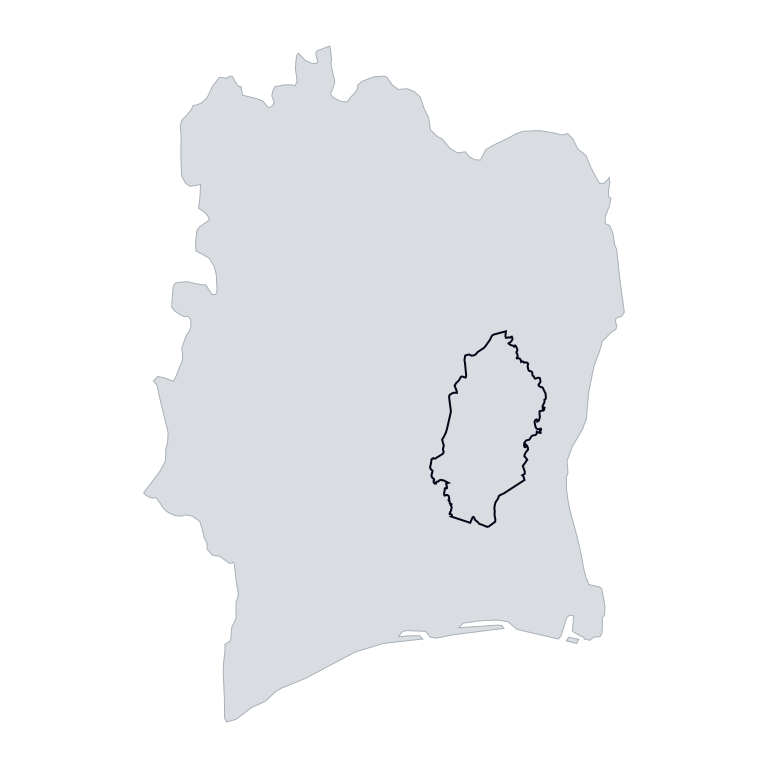 N'zi-Comoé on a map of Ivory Coast (Equal Earth projection)
{"feature_id": "CIV-3452", "entity_name": "N'zi-Comoé", "entity_type": "Department", "adm_level": 1, "iso_a3": "CIV", "parent_name": "Ivory Coast", "parent_adm1": "", "projection": "equal_earth", "projection_center": [-4.27, 7.107], "detail": "fine", "context": "in_parent", "style": "outline", "palette": "ink", "viewbox_px": 768, "rotation_deg": 0, "n_neighbors": 0, "source": "natural_earth", "source_scale": "10m", "svg_char_len": 8283}
<svg xmlns="http://www.w3.org/2000/svg" viewBox="0 0 768 768"><path d="M193.3,105.4L195.7,105.3L201.7,102.9L207.2,97.6L212.4,86.4L219.3,77.4L227.1,78.1L229.4,76.4L232.1,76.1L235.4,82.0L238.6,86.5L241.0,86.6L242.6,95.2L256.8,98.7L262.9,101.1L268.0,107.3L269.8,107.4L271.9,106.1L273.6,104.0L274.0,101.6L271.8,96.0L272.8,90.9L275.1,86.4L278.7,86.1L284.2,84.9L290.5,84.8L295.2,85.6L297.1,81.1L295.4,68.5L295.9,61.5L296.7,55.6L298.4,53.2L305.4,60.6L311.8,63.3L316.4,63.5L317.7,62.1L315.8,54.0L316.3,51.6L318.0,50.2L321.0,49.4L329.3,46.1L330.1,46.7L331.6,59.4L330.9,63.6L332.6,72.2L334.7,80.3L334.5,83.5L332.8,88.5L330.7,93.1L330.9,94.9L334.2,98.0L340.4,101.2L346.9,102.0L350.5,97.3L354.3,93.5L356.9,90.1L357.8,85.1L361.9,81.4L373.7,76.8L384.5,76.1L387.1,77.6L391.9,84.6L398.1,89.4L407.5,88.8L414.4,91.7L420.3,97.0L424.2,109.0L428.6,117.7L430.5,130.0L437.3,136.4L442.7,139.4L449.9,148.3L457.5,152.9L465.3,151.8L468.9,156.5L474.7,159.8L480.5,160.0L485.7,149.7L492.4,145.7L509.5,137.4L516.2,133.7L523.1,131.3L539.5,130.6L554.8,133.1L562.4,135.0L567.6,133.6L572.6,138.5L577.7,148.8L581.8,152.1L586.1,155.6L589.3,163.7L593.0,171.8L595.0,175.4L599.6,183.3L603.6,183.4L607.5,180.0L609.1,177.4L609.9,182.7L608.4,191.2L608.7,196.4L610.9,198.5L609.7,205.2L605.2,216.8L605.2,223.6L609.7,225.7L612.9,233.0L614.8,245.4L616.8,249.5L616.9,252.1L620.2,282.1L624.3,312.2L621.7,316.1L618.2,317.3L616.0,318.7L615.3,321.5L616.8,325.6L615.9,329.4L611.5,332.0L602.0,341.5L601.3,345.3L598.8,353.5L596.7,358.5L593.6,367.7L588.7,392.2L586.9,412.4L586.6,418.7L584.7,423.0L582.5,429.3L572.2,446.7L567.0,460.9L567.6,467.0L567.9,473.2L566.3,477.7L566.6,489.7L567.9,499.8L569.8,509.6L577.3,537.5L581.2,554.4L583.6,568.1L585.8,577.3L587.8,581.0L588.6,584.5L599.8,587.1L601.9,589.1L605.0,606.9L604.5,615.0L602.3,618.0L602.4,624.8L601.9,633.3L600.2,636.6L594.0,637.1L589.8,640.3L584.2,639.0L583.6,636.9L580.6,636.1L572.4,631.3L573.7,615.9L569.9,615.2L566.9,617.2L561.1,635.8L558.3,639.0L517.0,629.4L508.0,621.7L497.3,620.0L478.5,620.9L463.1,623.2L458.7,627.8L497.7,625.1L501.8,625.6L503.8,628.4L454.5,634.6L435.7,638.2L430.2,637.2L425.9,631.3L405.5,630.6L401.3,632.5L398.8,636.9L406.8,635.9L419.5,635.7L422.9,639.0L383.2,643.4L355.7,651.8L344.0,657.9L305.5,678.3L282.1,687.9L275.9,691.4L265.2,701.3L251.5,707.6L236.1,719.3L226.7,721.9L224.6,718.2L224.4,698.4L223.2,671.9L223.7,661.8L224.9,652.2L225.0,644.3L229.7,641.4L230.9,638.0L231.6,627.8L236.0,618.4L236.1,602.1L237.4,598.7L238.4,594.4L236.6,583.7L234.2,563.5L233.0,562.2L231.9,563.0L229.5,563.4L219.9,556.4L212.4,555.2L207.2,549.3L206.9,542.5L204.3,538.5L202.6,530.7L200.0,521.7L192.7,516.2L185.8,514.9L180.9,516.1L175.2,515.7L168.6,512.7L164.1,509.3L159.8,502.7L155.8,497.5L152.6,498.1L148.7,496.9L144.9,494.5L143.7,492.7L159.7,471.7L165.2,461.5L165.8,455.2L165.8,448.9L167.6,442.4L168.1,432.5L159.4,396.7L157.2,385.6L154.8,382.4L153.3,381.1L157.8,376.5L163.9,377.7L173.4,381.3L175.4,377.8L182.6,359.7L182.4,353.0L181.7,348.3L186.0,336.0L189.3,331.2L191.0,326.0L190.5,319.0L188.0,316.3L184.7,316.8L180.8,315.1L174.8,311.0L171.7,307.4L172.7,291.1L173.3,286.0L175.4,283.1L178.7,282.3L188.1,281.8L195.6,283.7L202.3,284.8L205.8,284.8L208.6,289.6L212.4,294.5L215.8,294.5L217.0,290.8L216.3,274.7L214.1,266.2L209.0,258.0L195.9,250.9L195.6,241.1L197.0,230.5L199.8,226.6L209.6,219.8L207.9,216.2L204.8,212.3L198.6,208.4L200.1,195.7L200.5,184.4L195.2,185.6L189.9,186.3L185.3,182.8L181.6,175.9L180.9,157.0L181.0,135.1L180.3,125.4L181.8,120.2L186.5,115.5L191.5,109.3L193.3,105.4ZM578.8,639.3L576.7,643.5L566.2,640.8L568.7,637.3L578.8,639.3Z" fill="#d9dde1" stroke="#a8b0b8" stroke-width="1"/><path d="M524.5,480.0L504.0,493.3L499.7,495.3L499.0,495.9L498.6,496.6L498.5,497.1L498.3,497.9L497.9,498.8L495.9,501.7L495.5,502.5L494.9,504.6L494.5,507.0L494.4,508.3L494.4,509.0L494.7,510.8L494.7,511.5L494.6,512.7L494.6,513.9L494.5,515.0L494.9,517.2L495.2,518.3L495.3,518.8L495.3,520.2L495.2,521.7L488.9,526.4L487.1,526.9L486.8,526.6L485.1,526.1L482.5,524.9L479.8,524.1L479.3,523.8L479.0,523.5L478.4,522.8L476.5,521.0L475.4,520.3L475.1,519.9L474.8,519.5L474.5,518.5L474.3,518.0L474.0,517.5L473.4,516.9L473.0,517.0L472.6,517.3L470.2,522.8L451.4,516.6L451.9,516.4L452.0,516.0L451.8,515.1L451.5,514.5L451.2,514.2L450.8,514.1L450.0,514.3L449.7,514.2L449.6,513.8L450.3,511.7L450.6,511.4L450.9,510.9L451.1,510.1L451.4,508.5L451.6,507.7L451.7,506.9L451.5,506.4L450.7,505.4L450.7,505.0L451.1,504.7L451.4,504.4L451.4,504.0L451.1,503.9L450.2,503.8L449.9,503.6L449.7,503.1L449.8,502.1L449.7,501.4L449.3,501.0L448.9,500.8L448.6,500.5L448.5,500.1L448.8,499.6L449.0,499.5L449.3,499.0L449.2,498.2L448.8,496.5L448.4,495.7L447.9,495.3L446.7,494.9L446.3,495.0L445.6,495.4L445.2,495.5L444.7,495.6L444.4,495.3L444.1,494.7L444.2,493.2L444.3,492.0L444.7,490.4L444.8,488.8L444.9,488.3L445.4,488.1L446.6,488.4L446.9,488.2L447.1,487.8L447.0,486.9L446.7,486.4L446.6,485.9L446.5,484.9L446.3,484.5L446.1,484.2L446.1,483.8L446.3,483.4L448.4,482.8L442.9,480.1L442.6,480.1L442.2,480.2L441.8,480.2L440.7,479.9L440.3,480.0L439.9,480.1L439.6,480.3L439.2,480.6L438.6,481.2L438.3,481.5L437.9,481.6L436.9,481.7L436.5,481.8L436.2,482.1L436.1,482.5L436.1,483.0L436.0,483.4L435.8,483.7L435.4,483.7L434.9,483.7L434.5,483.4L434.1,482.9L433.6,482.0L433.6,481.0L433.8,480.7L434.0,480.5L434.1,480.1L434.1,479.5L433.9,479.0L433.7,478.7L433.2,478.5L432.7,478.2L431.7,476.7L431.5,475.9L431.6,474.6L432.0,473.4L432.2,472.1L432.5,471.7L432.5,471.2L432.3,470.6L431.5,469.8L430.9,469.1L430.5,468.7L430.1,467.1L431.1,462.8L431.4,460.4L431.4,459.9L431.5,459.4L433.3,458.1L433.9,458.6L434.3,458.7L434.9,458.7L442.1,454.3L442.8,453.8L443.1,453.4L443.4,452.9L443.6,452.1L443.5,451.3L443.1,449.8L443.0,449.1L443.0,448.4L443.5,446.8L443.7,446.0L443.7,445.4L443.0,442.8L442.3,440.5L442.3,440.3L442.2,439.9L442.3,439.3L442.5,438.8L443.5,437.5L446.0,432.3L446.2,431.3L446.9,429.3L450.9,411.8L450.8,410.6L449.1,397.3L449.2,396.2L449.5,395.1L450.8,394.1L451.8,393.5L453.9,392.7L456.9,392.8L456.7,391.2L456.5,390.5L454.6,385.6L456.3,382.9L458.3,381.0L458.8,380.5L459.6,379.3L460.3,377.9L460.7,377.2L461.2,376.8L461.6,376.6L462.1,376.5L462.6,376.6L465.1,377.5L465.6,377.5L466.0,376.8L466.2,375.7L465.0,363.1L464.8,362.0L464.6,361.4L464.5,359.6L465.2,355.6L468.2,354.6L468.8,354.6L469.6,354.7L471.3,355.6L472.3,355.6L473.2,355.5L474.5,355.0L475.7,354.4L477.7,352.0L483.9,347.9L485.3,346.4L489.9,339.9L491.6,336.3L492.0,335.8L492.6,335.1L494.3,334.4L505.9,331.3L505.4,336.1L505.9,337.8L507.0,337.8L508.4,337.3L509.5,337.6L510.3,337.6L511.1,336.8L511.9,336.7L512.5,338.7L512.3,339.7L511.7,340.7L510.3,342.3L509.2,342.9L508.5,343.2L508.5,343.5L509.8,344.5L510.9,345.1L513.3,345.8L514.1,346.7L515.1,345.5L516.1,346.5L516.5,347.3L517.0,348.5L517.4,350.3L517.2,350.9L516.7,351.5L516.4,352.2L516.5,352.8L517.1,353.8L517.3,354.2L517.7,356.3L517.6,357.0L516.8,357.6L516.8,358.3L518.5,358.3L519.8,358.7L520.6,359.7L521.1,361.9L522.0,361.4L522.7,361.4L523.4,361.9L523.9,362.6L525.4,362.4L527.2,362.7L528.2,363.8L527.6,366.2L528.3,369.7L529.2,370.9L531.1,371.4L532.1,372.1L532.4,373.6L532.4,375.1L532.7,375.8L533.6,376.2L534.1,377.1L534.5,378.1L535.2,378.7L538.3,377.6L539.9,378.1L540.5,381.3L540.1,382.5L538.6,384.5L538.7,385.6L539.3,386.2L540.3,386.8L541.3,387.2L542.2,387.4L542.8,387.8L543.2,388.5L543.4,389.3L545.2,392.7L545.4,392.8L545.9,397.1L545.7,398.8L544.4,399.7L544.5,402.1L543.3,404.5L542.6,406.1L542.8,408.4L543.3,408.1L543.9,407.7L544.0,408.1L543.9,408.3L544.0,408.5L544.4,408.4L543.9,410.1L543.3,410.6L541.7,410.7L539.6,411.2L539.5,411.9L539.6,415.0L539.8,416.1L539.8,417.3L539.5,418.6L539.1,419.9L538.8,420.6L538.3,421.0L537.3,421.6L537.1,419.8L536.3,419.4L535.3,420.1L534.6,421.6L534.7,422.9L535.4,426.3L535.7,427.3L536.4,428.4L537.3,429.0L539.5,429.5L539.6,429.2L540.1,428.7L540.8,428.6L541.1,429.1L541.0,429.9L540.8,430.4L540.5,430.8L540.0,431.0L540.6,432.8L539.6,432.9L536.8,431.7L536.6,434.0L535.5,435.0L533.0,435.4L531.6,436.2L530.8,437.3L530.1,438.6L529.2,439.7L526.3,440.4L524.4,442.6L524.0,445.4L524.7,447.1L525.5,447.2L526.0,444.7L527.1,445.8L527.9,447.8L528.0,449.7L527.3,450.6L526.6,451.2L525.5,452.8L524.6,454.7L524.4,456.4L525.1,457.0L526.4,458.5L527.2,460.0L526.3,460.8L526.1,461.5L522.8,465.9L524.8,471.6L524.7,473.9L522.2,475.3L523.4,476.5L523.9,477.9L524.3,479.4L524.5,480.0Z" fill="none" stroke="#020617" stroke-width="2"/></svg>